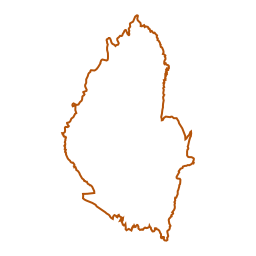 Sephokong, Leribe, Lesotho (Equal Earth projection)
{"feature_id": "5366337B15377139877013", "entity_name": "Sephokong", "entity_type": "district", "adm_level": 2, "iso_a3": "LSO", "parent_name": "Lesotho", "parent_adm1": "Leribe", "projection": "equal_earth", "projection_center": [28.145, -28.812], "detail": "fine", "context": "isolated", "style": "outline", "palette": "amber", "viewbox_px": 256, "rotation_deg": 0, "n_neighbors": 0, "source": "geoboundaries", "source_scale": "gbopen_adm2", "svg_char_len": 5774}
<svg xmlns="http://www.w3.org/2000/svg" viewBox="0 0 256 256"><path d="M170.5,225.9L169.3,223.6L168.7,220.0L169.2,218.6L170.6,217.3L170.8,216.5L171.6,216.3L171.4,215.1L173.1,213.6L172.9,212.5L172.3,212.2L174.1,209.8L174.8,208.0L174.8,206.2L174.5,204.9L175.0,203.1L174.4,202.1L175.2,200.7L175.0,198.8L175.2,197.7L176.2,197.7L177.7,194.1L177.7,191.1L178.3,189.9L179.2,186.7L179.3,185.1L180.0,184.2L180.2,183.0L180.4,179.8L179.8,178.8L177.3,178.5L176.6,177.8L176.6,176.8L179.2,172.2L178.7,171.3L180.6,168.7L182.5,168.0L182.9,166.6L184.8,165.9L186.4,165.8L187.7,165.1L189.4,165.2L191.5,164.1L192.3,163.2L193.4,163.5L193.8,162.6L193.1,161.5L193.8,159.8L193.8,158.5L192.5,157.6L191.2,157.1L188.9,157.1L187.9,156.7L187.1,155.4L187.1,151.4L187.5,149.5L188.1,149.1L188.3,148.2L187.7,146.5L188.1,145.7L189.2,140.6L190.2,137.3L190.8,136.4L191.2,133.3L191.0,131.5L190.2,132.2L190.0,133.2L188.7,135.6L187.9,136.1L186.4,138.5L185.4,139.3L185.2,135.9L182.3,128.4L179.1,123.3L178.5,121.2L176.6,118.2L173.9,118.2L172.0,116.7L171.0,116.7L170.4,117.1L169.6,117.1L165.8,116.6L164.1,117.7L162.7,120.1L161.8,120.3L161.8,118.9L161.2,117.0L161.9,113.9L162.4,109.7L163.0,107.1L162.9,106.2L163.1,103.6L163.7,100.3L163.3,99.0L163.1,97.0L163.6,96.3L163.8,95.3L164.2,94.9L163.7,94.4L163.3,93.5L163.3,92.6L163.8,89.8L163.2,88.2L163.6,87.4L164.2,87.1L163.6,85.2L164.2,83.2L163.5,82.9L164.3,82.0L164.0,80.5L164.3,80.6L165.3,80.0L164.7,79.6L165.5,78.4L165.1,77.9L165.6,76.7L165.3,76.7L165.3,75.3L165.8,75.4L166.2,74.6L166.7,74.4L166.0,73.3L165.8,73.4L165.9,73.9L165.4,74.0L165.3,73.8L166.1,72.3L166.4,72.3L166.2,72.9L166.5,73.3L166.8,73.2L166.7,72.8L166.9,72.4L166.1,71.7L166.6,71.2L166.0,69.9L166.7,68.8L166.8,69.0L166.7,69.5L166.8,70.2L167.7,69.8L167.9,70.1L168.2,70.0L168.3,68.9L168.8,68.4L168.4,67.5L168.5,67.1L168.9,67.0L168.8,66.0L168.5,65.5L167.7,65.0L166.2,64.6L165.6,63.1L165.3,63.1L164.5,64.0L164.2,63.5L164.3,61.4L164.8,60.1L165.4,59.4L165.5,58.0L164.8,56.6L165.2,56.2L165.4,55.5L164.1,54.4L162.9,54.0L163.6,52.1L163.2,50.2L162.1,47.6L161.2,47.2L161.2,46.9L160.7,46.6L160.5,45.6L160.7,44.8L160.2,44.5L160.1,43.3L159.5,42.0L159.1,41.7L158.7,40.7L157.5,40.1L157.8,38.4L157.0,37.8L156.7,37.0L157.1,35.4L156.2,34.7L154.6,32.7L153.9,33.1L153.2,32.8L151.7,30.9L151.2,30.9L151.0,31.6L150.5,31.8L150.3,31.4L149.8,29.3L149.4,28.7L148.6,28.8L148.3,28.2L148.3,27.7L147.8,26.9L145.8,26.4L144.7,27.1L144.4,26.6L144.6,26.0L144.1,25.1L141.8,26.3L140.7,26.1L140.8,24.6L140.4,22.9L138.1,20.7L137.5,19.8L137.3,18.3L137.8,16.4L137.8,15.6L137.5,15.4L136.7,15.4L135.2,16.6L133.1,21.6L130.3,23.2L129.9,23.9L130.2,26.7L128.8,28.6L128.8,29.4L129.3,30.8L128.9,32.2L129.3,34.0L129.2,34.8L129.0,35.1L128.6,35.1L127.5,33.9L126.0,30.2L125.4,30.0L124.9,30.3L124.3,31.1L123.9,32.2L122.8,33.9L122.2,35.6L121.5,36.0L120.1,35.8L118.8,37.3L117.6,38.2L117.2,38.8L117.3,40.2L118.6,42.8L118.7,43.4L118.0,44.7L116.2,45.1L115.5,46.0L114.0,44.6L112.5,43.9L111.5,42.6L110.5,39.3L109.6,38.0L108.7,38.0L108.2,38.6L106.8,39.4L106.6,40.3L106.9,41.1L107.2,43.3L107.8,44.4L107.1,47.3L107.1,50.0L107.9,53.1L108.0,56.5L107.9,58.9L107.5,60.0L106.6,60.5L102.4,59.5L101.8,59.8L101.1,60.6L100.3,63.0L100.4,63.4L98.2,67.0L96.6,69.1L95.1,70.2L94.4,70.5L91.0,70.2L90.5,70.8L90.3,71.9L89.0,73.0L88.4,73.9L87.7,76.3L86.2,79.4L86.2,82.8L85.1,85.1L85.2,86.6L86.7,89.8L86.4,90.9L83.3,92.0L83.3,92.5L83.9,93.1L84.5,94.4L83.9,95.3L83.3,95.6L82.4,96.5L82.1,99.4L81.6,100.7L79.9,102.2L78.5,104.5L76.8,104.9L75.7,104.6L73.6,103.4L72.9,103.8L72.5,104.4L72.4,105.4L72.8,106.3L74.9,105.5L75.3,105.6L75.5,105.9L75.3,110.0L76.3,113.1L75.1,113.8L73.4,117.1L71.4,118.6L70.2,121.4L68.9,122.4L67.1,122.8L67.1,123.4L67.7,124.7L68.8,126.1L68.5,126.6L67.6,127.1L65.7,126.9L65.2,127.2L64.9,127.8L65.1,130.6L64.8,132.1L63.5,133.1L62.2,133.1L62.7,134.5L63.7,135.3L63.5,135.8L63.8,136.3L64.3,136.8L65.6,136.8L66.0,137.7L65.3,139.2L65.5,140.0L64.8,142.2L65.2,142.9L65.3,144.3L64.9,144.8L65.1,145.7L64.4,146.0L65.2,147.9L64.7,149.1L65.3,149.7L65.2,150.7L65.6,150.5L65.2,152.0L65.9,152.5L65.8,153.1L66.1,153.9L66.0,154.5L67.7,158.3L68.5,159.4L70.0,160.7L70.5,161.7L71.2,162.4L72.4,162.8L72.8,162.6L73.5,163.3L74.4,164.6L74.4,165.8L73.9,166.2L74.5,166.9L74.4,167.3L74.8,167.3L75.2,166.9L75.5,167.1L76.3,169.2L76.2,169.8L78.2,171.3L79.6,173.5L79.8,174.4L82.1,178.4L83.9,179.8L84.0,180.5L84.3,181.0L85.1,181.0L85.5,181.5L86.3,181.8L86.9,181.8L87.7,183.7L89.3,184.6L90.0,185.3L90.5,185.2L91.3,185.8L92.2,186.8L94.2,191.1L94.3,193.0L87.2,193.8L83.0,193.9L83.2,195.6L83.0,198.3L84.4,199.5L86.3,200.5L92.3,202.9L95.6,204.8L96.7,206.4L105.5,212.4L106.4,213.3L108.7,214.7L109.6,215.6L110.2,216.8L111.3,218.0L112.8,218.9L113.2,216.5L114.4,215.1L116.1,215.9L116.5,216.8L117.3,217.3L117.8,216.5L118.1,215.3L118.8,214.9L119.3,216.2L121.7,217.5L120.1,220.6L122.1,219.9L122.9,218.9L122.7,220.5L121.7,221.8L122.6,223.7L122.8,224.7L123.4,224.8L123.9,225.5L124.6,225.4L125.4,224.1L125.8,227.9L125.6,229.1L126.5,230.2L128.8,228.9L131.4,230.5L131.9,229.1L131.9,228.2L133.0,226.2L133.6,225.7L134.1,226.9L134.3,226.7L134.4,226.1L134.7,226.7L135.4,226.9L135.4,226.6L137.1,224.9L137.5,225.0L138.4,226.6L138.4,228.3L138.7,228.9L140.0,229.6L140.1,229.9L141.8,229.4L142.1,229.8L143.1,229.7L143.5,228.8L144.3,228.1L145.0,228.0L145.2,227.6L146.6,228.1L147.3,227.8L147.6,227.9L149.3,226.9L149.5,225.9L150.1,227.2L150.8,227.6L151.0,229.0L152.4,231.3L152.8,231.5L154.1,231.2L154.9,229.9L154.9,228.7L155.1,228.2L156.4,228.4L156.6,229.2L157.8,229.5L158.7,230.1L159.6,231.3L160.2,233.0L160.9,233.9L161.1,235.4L160.9,236.4L161.0,237.7L161.9,238.2L162.6,237.0L163.8,237.0L164.0,237.3L163.8,238.8L164.3,240.1L164.8,240.4L166.5,240.6L167.4,239.9L167.2,237.6L168.0,236.7L168.2,236.0L167.4,232.4L167.3,231.2L167.7,230.7L169.3,229.5L169.9,227.8L169.7,226.8L170.5,225.9Z" fill="none" stroke="#b45309" stroke-width="2"/></svg>